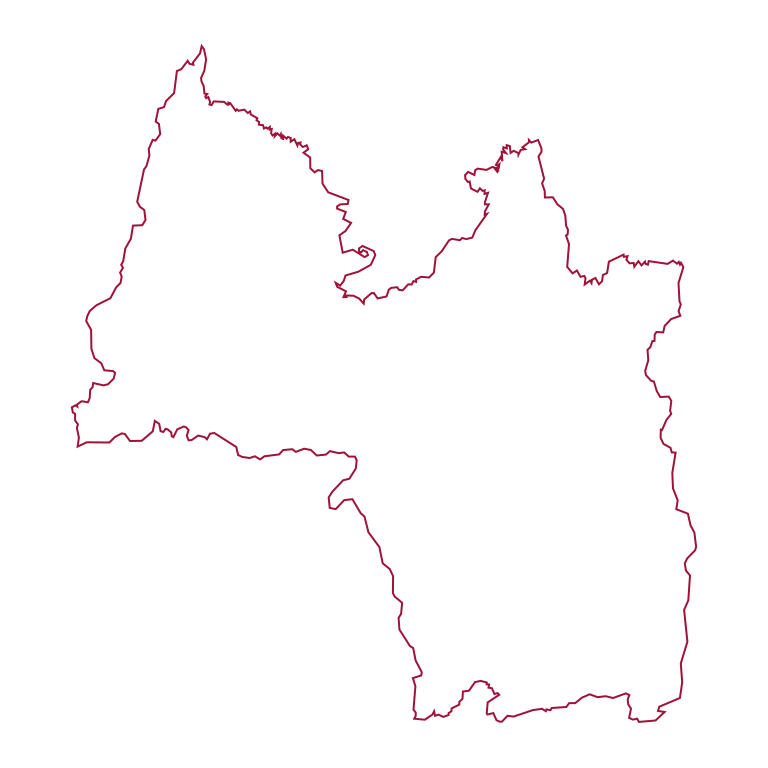 outline of Kanbalu, Sagaing, Myanmar
{"feature_id": "60261553B80816237630627", "entity_name": "Kanbalu", "entity_type": "district", "adm_level": 2, "iso_a3": "MMR", "parent_name": "Myanmar", "parent_adm1": "Sagaing", "projection": "natural_earth1", "projection_center": [95.451, 23.357], "detail": "fine", "context": "isolated", "style": "outline", "palette": "rose", "viewbox_px": 768, "rotation_deg": 0, "n_neighbors": 0, "source": "geoboundaries", "source_scale": "gbopen_adm2", "svg_char_len": 6082}
<svg xmlns="http://www.w3.org/2000/svg" viewBox="0 0 768 768"><path d="M678.5,283.0L683.4,267.1L681.0,262.8L680.0,264.6L678.8,261.9L677.0,263.7L673.0,260.6L667.6,263.9L648.7,261.1L647.9,264.7L645.5,263.8L645.0,261.6L641.5,265.4L638.4,261.2L634.3,266.7L633.7,263.0L629.6,263.3L626.4,259.8L627.5,256.2L623.9,256.8L623.6,254.6L608.9,261.7L607.1,273.0L602.9,275.0L602.1,281.1L599.0,284.3L595.4,278.0L592.0,279.7L591.5,283.1L590.0,280.6L584.7,284.5L585.5,278.1L584.3,276.0L580.5,276.8L576.9,270.5L572.6,273.4L567.2,266.9L569.0,244.1L566.0,235.5L567.6,234.5L568.0,229.8L566.1,225.8L565.3,215.6L563.1,209.0L557.2,204.1L552.9,197.3L544.9,197.5L544.7,191.0L542.1,183.4L544.1,178.7L538.5,156.6L541.4,151.9L541.5,148.6L538.1,140.0L531.3,142.6L528.9,140.0L529.0,142.3L522.5,147.2L525.1,149.2L520.7,149.9L518.4,154.8L518.2,153.0L513.6,150.8L510.6,152.9L509.8,146.0L506.7,145.2L506.8,148.4L503.4,147.2L503.1,149.4L506.0,153.1L501.7,151.7L502.4,161.2L500.7,157.1L495.9,164.9L497.4,165.8L499.4,164.1L498.7,168.1L496.7,168.0L498.3,170.4L497.4,171.9L493.6,167.1L491.8,167.2L486.5,169.9L477.5,168.6L475.1,170.4L474.4,175.0L468.1,171.9L465.1,175.1L465.4,178.9L468.0,182.1L469.6,181.5L471.0,188.5L477.5,191.8L479.9,188.3L482.6,190.9L484.7,190.3L484.5,193.9L488.0,192.8L484.9,202.2L484.9,204.3L488.8,204.3L484.9,211.4L484.7,214.6L487.0,213.8L475.2,230.5L472.4,237.5L466.3,239.1L462.1,238.0L460.0,240.2L452.0,238.9L449.0,240.4L441.6,251.4L435.7,257.1L433.9,272.6L429.1,277.5L421.1,276.8L416.0,279.5L416.1,281.9L413.4,281.1L411.6,284.6L408.3,284.3L402.7,290.3L399.1,289.9L397.1,287.2L391.2,287.9L388.8,289.7L386.5,296.5L377.6,298.4L373.4,292.3L373.7,293.5L371.8,292.9L364.2,299.4L363.7,303.6L359.2,298.6L353.4,295.7L346.3,295.5L346.5,297.0L343.5,297.1L346.0,291.3L337.2,286.8L335.7,282.8L340.2,285.6L343.8,280.8L345.5,275.5L358.4,271.7L370.8,264.8L375.3,255.1L373.6,251.0L362.5,246.0L359.0,248.5L359.1,251.4L361.0,252.4L363.0,250.2L366.9,252.0L368.0,255.1L364.6,257.1L352.8,249.7L342.7,252.7L339.4,235.3L345.5,231.0L351.1,222.9L343.2,218.9L345.8,212.0L337.1,208.6L337.1,206.4L340.2,204.4L347.7,204.0L348.5,200.0L328.2,192.3L322.5,183.6L322.1,171.0L318.0,170.1L314.6,172.3L310.3,168.2L310.2,157.5L303.5,152.7L308.2,149.2L306.7,145.3L302.9,147.0L300.1,144.4L300.5,142.5L298.2,142.9L297.4,145.6L294.4,139.2L290.7,141.7L290.7,138.0L287.9,137.0L286.6,138.7L283.1,135.6L283.1,138.9L281.4,138.2L280.8,134.1L280.0,135.7L277.3,133.4L274.8,136.3L275.1,133.6L272.5,135.5L271.1,133.2L271.7,129.0L269.7,129.6L269.8,126.9L267.5,128.7L266.2,127.4L263.9,128.5L263.1,125.2L258.8,124.7L259.1,122.0L256.5,120.2L257.3,118.2L250.8,114.5L250.1,111.4L247.8,113.0L244.2,109.6L238.6,110.8L236.9,109.3L235.7,110.8L230.3,103.2L228.4,102.7L228.8,104.5L227.5,104.8L224.1,101.9L213.7,101.4L211.6,105.1L209.4,104.5L210.1,102.0L208.3,97.0L206.2,98.2L205.3,96.4L207.2,94.1L204.4,93.5L203.7,86.1L201.5,81.5L201.1,77.9L204.3,70.8L206.1,59.3L204.0,49.3L201.7,46.1L200.0,53.4L192.9,62.7L193.4,64.8L189.5,63.8L187.7,60.8L181.3,69.2L176.9,71.0L174.1,93.1L166.0,101.1L164.0,107.1L158.3,108.9L155.7,121.6L158.9,123.9L160.2,134.1L155.5,140.6L152.7,139.9L148.7,149.1L149.4,155.6L146.4,166.2L144.0,169.5L137.2,201.8L140.0,206.8L144.3,210.1L145.5,219.9L142.3,225.2L133.0,225.6L130.9,238.7L125.3,248.5L123.2,261.2L121.2,264.8L123.0,267.8L120.1,272.6L121.7,276.6L120.5,283.0L116.2,287.3L110.4,298.2L96.5,305.2L89.8,310.9L87.2,316.3L86.2,321.1L91.1,329.8L91.4,348.7L94.4,358.1L101.3,363.3L104.3,370.3L113.2,371.1L115.1,372.9L113.6,378.7L108.1,384.2L103.6,385.4L93.2,383.0L92.6,387.0L90.2,389.9L89.7,398.1L87.9,402.3L81.6,401.2L76.7,404.8L77.2,406.5L75.3,405.4L71.9,407.3L72.8,412.4L75.1,413.8L75.1,420.5L77.9,424.3L76.9,428.0L78.9,437.6L77.6,446.6L86.7,442.3L109.4,442.5L114.8,437.1L121.7,433.4L124.9,434.0L130.0,441.0L141.7,440.8L152.8,431.3L154.9,420.9L159.2,423.9L160.6,431.2L163.3,432.0L165.5,428.9L167.7,429.4L171.2,432.4L171.8,436.3L173.4,437.1L177.3,429.3L183.8,426.5L186.1,427.4L188.6,430.0L186.8,435.6L188.6,440.3L191.6,440.1L198.1,435.6L204.6,437.1L207.0,439.3L210.0,433.7L214.3,433.0L236.3,447.0L238.1,455.0L242.4,457.0L249.7,458.0L254.9,456.3L260.1,459.4L264.4,456.3L279.2,454.4L283.0,450.1L292.3,449.2L295.8,451.9L304.1,448.7L311.0,450.0L316.7,455.5L325.9,454.6L330.0,451.1L338.9,453.2L344.1,452.4L348.8,456.6L355.0,456.6L356.7,460.4L355.8,468.5L349.4,478.7L343.1,480.3L332.4,491.6L328.7,497.4L329.7,507.9L335.7,509.1L344.2,500.1L352.4,499.2L360.7,513.2L364.5,516.6L368.4,532.2L379.4,547.1L382.7,563.3L389.8,569.1L393.1,576.2L392.9,593.1L394.6,596.5L402.1,602.8L401.1,613.9L398.6,617.8L399.4,629.5L409.9,646.0L413.2,648.1L415.6,660.4L421.8,672.3L421.1,675.5L412.9,678.1L415.4,686.2L413.5,709.6L415.7,712.6L415.7,715.9L414.2,718.7L424.8,719.7L432.4,714.6L434.1,711.3L435.1,715.8L438.5,714.6L443.3,716.9L448.6,715.0L448.6,713.1L451.4,711.3L451.6,708.4L459.3,704.6L459.3,701.9L462.5,698.8L462.9,691.5L469.0,690.7L475.0,682.1L480.7,680.9L486.8,682.5L486.6,684.4L489.1,684.5L488.5,687.7L491.9,688.2L494.4,694.0L497.6,693.1L499.2,694.8L487.7,702.4L486.7,713.3L487.4,714.5L493.3,713.1L496.5,720.2L499.8,721.7L501.9,721.7L507.5,715.8L513.4,716.6L532.9,710.1L542.0,708.8L545.9,711.2L546.5,709.4L550.5,710.2L551.7,708.0L566.3,707.0L569.2,703.1L575.2,703.1L582.0,697.6L589.7,694.3L597.6,697.2L605.6,696.2L613.1,698.0L625.8,693.4L629.3,695.0L627.7,699.5L628.2,704.3L631.0,708.7L629.1,717.9L632.9,719.6L637.2,718.7L638.9,721.9L655.5,720.5L664.6,712.0L658.0,710.9L659.3,706.7L679.9,698.0L682.2,682.4L680.8,663.5L687.4,641.7L684.1,609.9L688.3,600.4L690.0,575.5L685.9,570.5L684.8,563.3L687.2,558.4L695.2,550.2L696.1,546.8L694.4,532.6L690.5,525.3L687.9,513.7L676.3,509.2L677.7,500.3L673.0,488.4L672.3,472.9L675.6,452.6L671.8,452.4L670.5,447.8L663.5,443.9L660.6,437.9L660.8,429.7L662.0,430.1L666.4,420.0L671.2,413.9L670.1,410.7L671.3,400.9L668.8,396.6L660.2,397.0L656.8,391.2L653.9,381.5L651.2,380.8L645.9,375.1L645.2,370.7L648.3,360.3L647.5,349.8L650.3,347.2L652.4,341.1L654.5,340.9L654.7,334.7L656.4,332.0L663.2,332.4L664.7,325.8L671.2,319.0L680.3,315.8L678.6,311.1L680.8,304.3L679.5,301.3L678.5,283.0Z" fill="none" stroke="#9f1239" stroke-width="2"/></svg>